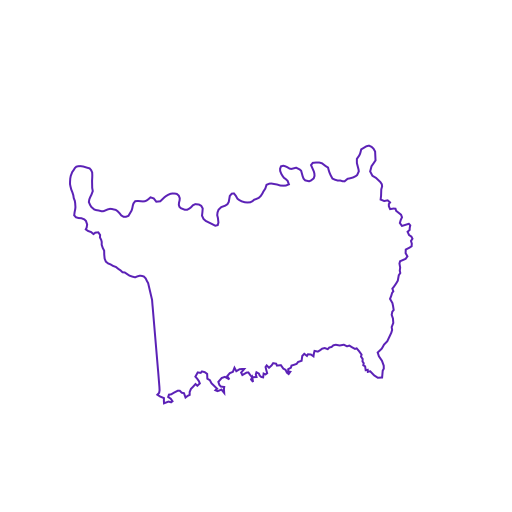 the district of Bituruna, Paraná, Brazil, rotated 329°
{"feature_id": "56859067B61553011926600", "entity_name": "Bituruna", "entity_type": "district", "adm_level": 2, "iso_a3": "BRA", "parent_name": "Brazil", "parent_adm1": "Paraná", "projection": "natural_earth1", "projection_center": [-51.539, -26.148], "detail": "fine", "context": "isolated", "style": "outline", "palette": "violet", "viewbox_px": 512, "rotation_deg": 329, "n_neighbors": 0, "source": "geoboundaries", "source_scale": "gbopen_adm2", "svg_char_len": 5721}
<svg xmlns="http://www.w3.org/2000/svg" viewBox="0 0 512 512"><g transform="rotate(329 256 256)"><path d="M190.3,358.0L194.1,360.0L194.9,357.3L196.5,355.9L197.9,358.3L197.6,360.4L198.2,362.4L199.6,363.7L202.0,360.7L203.1,362.4L205.2,362.2L206.0,359.3L207.0,356.1L208.8,355.3L209.6,358.5L213.1,357.8L215.5,356.7L217.8,358.7L217.5,360.7L221.1,362.4L221.4,366.6L222.7,368.8L222.4,371.9L223.2,374.0L225.7,372.9L224.2,371.6L225.3,369.6L228.4,369.7L230.0,368.2L231.9,368.7L235.2,369.4L237.5,368.5L241.1,369.3L244.2,365.5L247.0,364.7L248.2,367.9L249.9,367.0L252.3,368.7L253.6,371.6L255.3,369.5L257.3,367.5L259.8,369.8L262.3,369.8L265.0,369.5L267.5,370.3L269.5,372.8L271.7,372.2L273.9,372.9L276.3,372.4L278.7,373.2L281.6,375.8L285.6,377.3L287.5,380.3L289.9,380.9L291.3,383.7L293.0,386.6L294.7,387.0L295.3,390.4L295.7,394.9L294.2,396.3L294.4,399.2L293.0,401.2L293.1,403.4L291.7,404.9L292.7,406.8L291.2,410.4L293.1,411.1L292.2,412.9L294.5,413.6L295.8,419.2L297.7,423.1L301.5,425.1L302.9,423.2L305.6,419.5L307.5,418.4L309.0,415.8L310.0,410.7L309.7,405.2L310.6,401.4L312.5,401.0L316.0,400.2L317.7,399.3L320.1,397.9L324.6,396.7L332.4,391.5L334.6,389.5L335.7,386.8L339.2,384.1L341.2,380.1L342.0,376.3L344.2,373.9L346.2,373.2L347.7,369.5L348.7,366.6L348.8,361.8L351.5,359.7L353.7,357.7L355.5,357.0L356.1,354.2L358.3,353.4L362.0,351.7L364.8,350.2L368.5,346.0L370.9,344.9L371.7,342.6L373.6,340.2L375.1,336.3L376.8,334.7L380.5,335.2L382.8,335.5L385.6,334.3L385.7,330.6L387.7,327.6L391.9,327.9L394.4,327.8L395.9,325.7L396.6,322.9L399.0,321.8L399.2,319.4L398.0,316.9L398.4,313.3L401.1,312.8L402.3,311.0L404.0,309.2L403.6,307.1L396.6,305.4L396.3,301.8L398.7,299.6L401.1,298.0L401.6,295.3L399.4,289.5L399.9,287.3L398.4,286.2L395.1,284.9L395.5,281.8L396.6,279.9L398.5,279.1L397.5,276.1L394.2,274.9L391.9,271.8L394.2,268.8L397.7,263.4L400.0,261.2L400.8,259.3L400.7,256.7L399.1,250.9L397.1,247.2L397.4,242.3L401.3,238.5L404.5,237.1L407.7,235.6L411.9,227.8L412.0,224.6L411.3,222.0L409.7,219.6L407.1,218.8L401.1,218.8L399.3,220.6L397.8,222.0L396.1,223.1L392.5,224.7L391.4,226.5L390.3,228.4L388.5,234.5L387.7,236.4L384.4,238.7L382.7,238.9L379.8,238.7L377.9,238.2L376.2,237.7L374.3,237.0L370.4,237.6L368.8,236.6L367.0,234.6L365.0,233.5L362.9,231.2L361.4,229.0L361.6,225.0L362.0,222.1L362.6,219.6L363.3,217.3L362.0,214.8L360.3,210.5L358.3,208.4L355.6,206.8L352.6,205.4L350.0,206.4L349.1,213.4L348.5,215.4L347.4,217.5L345.4,219.2L341.9,219.6L340.0,219.3L337.1,216.5L336.6,214.2L337.1,211.5L338.6,206.2L338.0,204.3L335.9,201.0L331.2,199.6L329.8,198.4L328.5,195.9L327.3,194.2L325.9,192.7L323.6,192.0L321.6,193.6L320.5,195.6L320.0,198.6L320.0,201.1L320.2,203.3L321.1,205.4L321.8,207.9L321.1,211.5L317.9,211.0L315.8,209.9L313.1,208.1L311.0,205.7L306.5,201.8L304.8,200.9L301.7,200.4L300.2,201.7L298.7,203.0L295.4,204.6L293.7,205.7L291.0,207.0L288.3,207.6L285.2,207.2L283.4,206.8L281.2,207.2L278.7,207.0L276.2,205.7L274.1,204.2L271.9,201.8L270.5,199.5L269.6,197.4L269.7,194.0L269.3,191.0L267.3,190.1L264.5,191.0L260.5,195.6L258.2,196.9L255.6,197.0L251.4,196.2L247.8,197.0L245.5,198.8L243.8,201.0L242.9,203.9L241.0,208.0L239.1,209.8L236.7,209.1L234.6,205.7L231.0,200.1L230.1,197.2L230.5,193.6L232.5,191.0L234.8,187.8L234.9,184.8L233.6,182.5L230.7,180.3L228.1,180.0L225.3,180.8L223.3,181.0L220.8,180.9L218.8,179.7L216.2,176.3L215.7,174.4L216.2,172.4L217.5,170.6L219.2,168.9L220.4,167.2L220.9,164.5L220.1,162.0L218.6,160.7L216.6,159.4L214.6,158.6L212.1,158.3L209.8,158.3L207.8,158.5L202.1,159.8L198.5,158.1L198.0,154.0L195.8,151.4L193.1,151.9L190.7,152.1L188.9,151.8L187.2,151.0L183.1,148.0L180.7,146.8L178.1,147.8L176.5,149.2L174.4,151.5L172.7,153.0L167.3,155.9L164.7,155.4L162.7,154.2L161.4,151.8L161.1,149.2L160.4,146.2L159.5,144.2L158.0,142.8L156.7,141.5L155.2,140.4L152.9,139.7L148.6,139.1L146.9,138.3L144.5,135.9L142.6,134.3L141.3,132.8L140.1,129.1L140.1,126.7L140.5,123.7L142.3,121.6L144.3,120.1L146.5,118.7L149.5,116.3L150.7,113.2L154.2,107.1L155.9,104.6L157.3,102.4L158.6,100.0L158.9,97.5L158.5,95.2L156.5,93.1L154.1,90.4L151.9,88.6L149.9,87.5L148.0,86.9L146.1,87.3L144.0,88.4L141.7,89.4L138.5,91.9L136.7,93.9L134.9,96.5L133.6,98.6L132.8,100.8L131.9,103.8L131.4,106.9L130.7,109.8L129.6,112.5L129.1,115.4L128.2,117.6L126.4,121.1L125.2,122.7L123.1,125.0L121.1,127.5L121.6,130.1L123.5,132.1L125.8,133.7L127.7,136.2L128.3,138.4L127.5,142.0L125.5,144.4L123.8,145.5L124.9,148.0L127.0,150.6L128.0,153.5L130.3,153.2L133.0,154.5L133.2,157.7L131.8,159.7L131.6,162.5L131.0,164.5L129.5,166.9L128.8,170.1L128.6,173.2L126.6,176.7L124.9,180.3L124.4,183.5L125.4,186.2L127.0,188.3L128.3,190.8L130.3,193.3L131.4,196.3L132.5,198.6L133.2,201.2L135.0,202.5L137.4,207.6L139.3,209.9L141.4,212.0L143.9,212.4L146.4,213.1L148.0,214.4L149.3,215.8L149.9,218.4L149.6,221.4L149.6,223.6L144.3,240.1L142.0,244.7L141.1,246.6L113.8,302.2L112.6,304.7L105.7,318.6L104.2,321.4L102.5,323.4L100.0,324.1L101.4,327.0L103.9,330.4L102.5,332.6L101.3,334.9L106.0,335.7L107.9,337.7L109.6,337.5L109.4,334.4L108.1,331.6L110.0,330.0L112.0,330.9L115.4,330.9L119.7,331.2L121.3,332.3L121.9,334.9L123.6,336.5L122.7,341.0L125.4,340.7L127.6,340.9L129.1,338.4L131.8,336.4L134.6,335.7L138.2,334.6L138.9,337.0L142.2,336.3L142.6,333.9L142.4,331.0L141.9,328.2L146.1,325.8L148.4,327.7L150.2,327.1L152.2,329.1L153.4,331.9L151.1,336.1L152.5,338.7L152.3,342.2L154.3,349.7L152.1,350.2L153.4,352.0L155.4,352.4L157.6,352.7L158.2,357.0L160.0,353.5L161.3,351.9L158.6,349.8L158.2,347.5L158.9,344.5L163.8,342.9L167.1,343.6L169.6,348.0L169.4,344.2L171.4,343.5L173.2,342.9L176.5,343.4L180.0,340.7L179.8,344.6L183.6,344.6L185.9,345.7L187.7,346.8L183.2,348.3L183.0,351.0L187.9,351.1L189.5,351.9L189.7,354.9L190.3,358.0ZM190.3,358.0L188.2,359.3L188.6,362.4L190.3,358.0Z" fill="none" stroke="#5b21b6" stroke-width="2"/></g></svg>